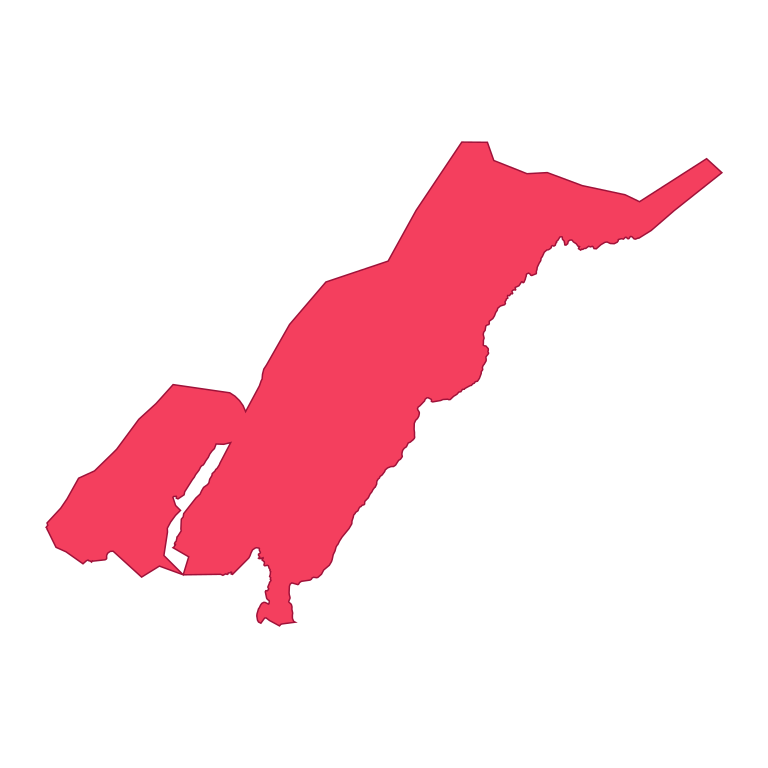 outline of Bláskógabyggð, Suðurland, Iceland
{"feature_id": "244011B85102906551816", "entity_name": "Bláskógabyggð", "entity_type": "district", "adm_level": 2, "iso_a3": "ISL", "parent_name": "Iceland", "parent_adm1": "Suðurland", "projection": "albers", "projection_center": [-20.271, 64.468], "detail": "fine", "context": "isolated", "style": "filled", "palette": "rose", "viewbox_px": 768, "rotation_deg": 0, "n_neighbors": 0, "source": "geoboundaries", "source_scale": "gbopen_adm2", "svg_char_len": 6110}
<svg xmlns="http://www.w3.org/2000/svg" viewBox="0 0 768 768"><path d="M47.5,530.0L56.0,547.3L66.0,551.8L83.0,563.8L86.5,560.7L87.8,560.1L88.4,560.2L89.0,560.9L90.0,560.9L91.6,562.1L92.3,560.8L93.1,561.1L105.1,559.8L106.4,559.0L106.7,558.3L106.6,556.1L106.8,555.0L107.7,553.2L110.2,551.4L113.1,551.2L141.6,577.1L159.4,566.1L183.2,574.8L220.6,574.3L222.9,575.3L225.6,573.9L227.3,574.4L228.0,574.0L228.1,573.3L228.3,573.0L230.6,572.7L231.0,572.0L231.5,572.2L231.3,572.9L231.7,573.1L231.3,574.0L232.5,574.4L248.8,558.0L250.0,555.8L251.0,553.0L252.5,549.9L255.3,548.0L256.5,547.7L259.0,548.1L259.4,548.5L259.3,549.1L259.4,550.5L260.4,552.2L260.3,552.9L258.5,554.2L258.5,555.2L259.8,557.2L258.5,558.2L259.0,558.6L260.2,558.7L263.1,557.7L263.2,558.2L262.0,559.9L264.3,561.8L264.4,563.6L264.0,564.4L264.1,565.3L264.8,565.8L267.5,565.3L268.3,565.7L269.2,568.4L270.1,569.6L269.9,570.7L270.7,571.7L270.4,572.5L270.3,574.4L269.6,576.5L270.7,577.7L270.3,579.4L271.0,580.2L270.6,581.1L269.6,582.3L269.2,583.8L267.9,586.8L267.9,587.4L268.7,588.9L267.5,590.7L265.8,590.7L265.3,591.8L266.6,598.1L267.4,599.4L269.1,600.6L269.3,601.1L269.0,603.7L268.5,604.1L265.3,602.5L263.9,602.3L261.9,603.3L260.6,605.0L259.4,607.6L258.5,608.8L257.0,613.9L256.8,616.0L257.5,620.2L258.5,622.0L260.9,623.2L264.6,618.1L266.1,617.9L269.5,620.5L279.5,625.9L280.9,624.3L282.3,623.9L295.2,622.2L293.8,621.5L292.6,618.9L292.4,617.8L292.4,615.1L292.7,613.1L291.9,609.3L292.0,606.9L291.5,604.9L290.9,603.9L289.0,602.3L288.7,601.5L290.0,598.3L290.0,597.3L289.3,594.7L289.1,592.7L289.4,586.2L290.2,584.1L291.8,582.9L297.9,584.6L298.6,584.2L299.6,582.5L301.5,581.3L310.0,580.1L311.3,579.3L312.2,577.9L313.6,577.3L316.7,577.7L317.9,577.4L321.5,574.2L323.7,570.0L329.3,565.3L331.5,561.6L332.2,559.5L333.2,554.7L335.0,551.0L336.0,547.2L337.1,545.2L337.8,544.6L339.6,540.9L342.1,537.0L349.0,528.6L351.8,523.8L352.0,520.9L353.2,517.4L353.5,515.9L353.8,514.9L355.1,513.5L355.5,512.5L358.0,510.7L358.9,508.4L360.1,506.8L360.9,506.6L362.2,505.2L363.9,504.8L364.6,504.1L364.7,501.9L365.0,501.2L368.3,497.8L370.1,494.0L371.7,492.1L373.0,489.6L374.7,487.4L375.2,487.2L376.7,484.0L376.7,482.4L377.0,480.9L378.3,478.9L379.4,478.1L380.0,476.5L382.2,474.9L384.7,471.5L385.2,470.0L387.6,467.9L390.9,466.6L393.6,466.5L395.6,465.1L398.6,460.4L400.5,459.2L402.0,457.1L402.3,456.4L401.9,454.6L402.0,453.0L402.6,450.6L403.2,449.6L404.3,448.2L406.4,446.8L408.2,443.0L410.3,442.1L413.4,439.5L414.4,438.2L414.7,437.1L414.5,436.1L414.5,432.3L414.1,429.3L414.3,423.3L415.5,420.6L416.4,419.4L417.3,418.8L418.8,416.1L419.3,413.7L419.3,412.3L417.7,409.6L417.5,408.6L418.2,407.0L419.9,405.8L424.6,400.9L425.1,399.3L426.7,397.9L428.1,397.7L431.3,399.4L431.5,400.0L431.4,401.4L432.7,401.9L440.7,400.5L443.0,399.5L447.7,399.2L448.9,399.7L450.3,399.5L453.6,396.3L456.9,394.3L458.8,392.1L460.9,391.7L462.4,389.4L464.4,389.2L464.7,388.6L467.0,387.3L470.2,385.6L471.4,385.4L472.8,383.8L474.3,383.2L475.3,381.7L477.5,381.2L479.4,378.4L481.2,373.6L481.3,371.7L482.7,369.7L482.4,367.3L483.2,365.4L484.2,364.2L486.1,360.9L486.2,359.4L485.9,357.2L486.0,356.8L488.5,353.6L488.5,352.8L487.9,351.6L488.3,350.2L488.3,349.3L488.2,348.6L485.9,346.0L484.3,345.8L483.2,345.0L483.4,343.1L483.4,340.3L484.1,338.1L483.3,334.8L483.3,334.0L483.7,332.2L485.1,330.4L485.8,326.0L487.1,325.0L488.9,324.5L489.3,323.5L489.2,321.6L489.4,321.1L492.8,318.6L494.5,315.8L495.7,312.5L497.2,310.4L497.7,308.3L500.4,306.0L504.6,304.7L505.4,303.6L505.0,301.9L506.2,299.9L506.3,299.0L507.8,298.1L507.5,296.7L507.6,295.5L509.6,295.6L510.8,293.8L512.4,293.8L512.7,293.2L511.9,291.7L512.4,290.6L513.7,289.8L515.5,290.0L515.7,289.6L515.1,287.9L515.3,287.4L518.9,285.8L521.5,281.9L522.0,281.7L523.1,282.7L524.0,282.2L525.3,279.2L525.7,277.3L526.1,276.6L526.4,274.5L526.8,273.9L528.6,273.1L529.9,273.9L530.8,275.2L531.8,275.5L536.2,273.7L536.4,273.1L536.3,271.5L537.0,269.4L537.2,267.4L539.3,262.9L540.5,261.1L540.9,260.0L541.0,258.4L542.3,256.6L544.3,252.2L546.8,250.0L548.6,249.7L550.4,248.5L551.3,247.6L551.3,246.7L551.7,246.0L552.5,245.6L553.9,246.1L555.3,245.2L555.8,243.2L556.6,242.5L556.4,241.6L558.1,240.0L559.8,237.1L560.6,236.8L562.0,236.8L562.3,237.2L562.4,239.1L564.3,241.3L564.3,242.2L564.6,242.9L564.7,244.5L564.9,245.0L566.0,245.1L567.7,243.7L568.3,241.2L570.0,240.1L571.7,240.0L572.3,240.4L573.4,241.9L576.3,243.8L578.0,246.2L579.5,246.6L578.5,248.2L578.5,248.7L580.7,250.1L581.7,249.2L582.8,249.4L584.1,248.5L585.8,248.4L588.6,246.3L590.6,246.9L592.2,246.3L593.1,246.8L594.0,248.6L596.3,248.8L600.9,244.7L605.0,242.3L607.1,242.0L610.3,243.5L614.2,243.7L617.2,242.2L618.3,240.7L618.2,239.7L618.4,239.5L621.4,238.7L623.5,239.1L625.1,237.5L626.0,237.2L628.0,238.8L628.9,238.6L630.3,236.6L630.9,236.4L632.2,236.9L634.1,238.9L635.6,239.1L638.2,238.0L638.8,238.2L651.3,230.4L674.2,210.6L721.9,172.7L706.6,158.7L639.5,201.7L625.2,194.8L582.2,185.6L547.3,172.6L527.0,173.7L493.8,160.5L487.4,142.3L461.8,142.1L416.1,210.4L388.1,261.1L325.9,282.0L289.6,324.4L266.5,365.0L263.8,369.1L262.5,374.2L262.1,379.1L261.2,380.7L259.4,385.9L245.6,411.6L243.1,405.7L239.5,400.6L235.0,396.2L229.8,392.8L173.1,384.6L156.1,403.5L138.8,419.3L116.7,449.2L112.5,453.4L94.5,470.9L78.6,478.2L67.1,498.8L60.7,508.2L47.0,523.0L47.8,525.2L46.1,527.4L46.9,528.3L47.2,529.0L47.1,529.6L47.5,530.0ZM183.2,574.8L163.9,555.5L167.5,532.0L167.3,528.3L170.6,522.1L175.5,515.4L180.5,510.4L175.6,505.5L172.9,497.3L173.6,496.5L176.3,496.3L176.5,496.7L176.3,498.2L178.0,498.9L184.1,494.8L184.7,491.8L192.3,479.8L194.3,477.2L195.5,474.8L199.0,470.2L200.5,467.2L201.5,465.9L203.2,465.0L204.3,463.5L205.8,460.8L208.3,457.3L209.8,454.0L212.0,451.0L214.4,448.6L216.1,444.0L223.7,444.3L230.7,442.6L220.0,463.1L219.2,465.1L217.0,468.5L215.8,469.4L214.9,471.1L212.2,473.6L211.9,475.6L209.7,479.2L209.0,482.4L208.7,483.2L207.4,484.7L203.6,487.4L201.6,490.8L200.1,494.1L195.9,498.0L183.7,513.6L183.2,516.9L181.3,519.2L180.9,529.0L181.2,530.9L177.8,536.2L176.9,537.1L176.9,538.1L176.1,541.4L175.2,542.1L174.5,543.6L174.6,544.2L175.5,544.4L175.3,545.2L174.7,545.6L174.2,546.8L173.0,547.7L188.7,556.8L183.2,574.8Z" fill="#f43f5e" stroke="#9f1239" stroke-width="1.5"/></svg>